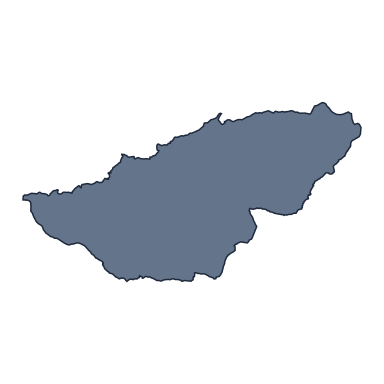 the district of Caineni, Vâlcea, Romania
{"feature_id": "2599482B74506560405437", "entity_name": "Caineni", "entity_type": "district", "adm_level": 2, "iso_a3": "ROU", "parent_name": "Romania", "parent_adm1": "Vâlcea", "projection": "equal_earth", "projection_center": [24.304, 45.515], "detail": "fine", "context": "isolated", "style": "filled", "palette": "slate", "viewbox_px": 384, "rotation_deg": 0, "n_neighbors": 0, "source": "geoboundaries", "source_scale": "gbopen_adm2", "svg_char_len": 6037}
<svg xmlns="http://www.w3.org/2000/svg" viewBox="0 0 384 384"><path d="M214.1,279.0L215.7,278.7L215.8,278.0L216.3,277.8L216.4,277.1L219.3,276.4L220.1,275.2L220.9,274.5L220.9,274.0L222.1,272.0L223.3,266.8L224.6,263.4L224.9,261.0L226.9,256.6L227.8,255.8L227.8,255.2L228.7,254.9L230.7,253.2L233.0,252.1L235.1,250.4L235.0,246.2L234.2,245.8L234.5,245.1L235.6,244.3L236.7,244.2L237.9,243.0L240.7,241.9L247.3,242.9L248.5,241.7L249.5,239.9L251.5,239.1L251.9,238.5L256.7,226.6L254.9,223.4L254.6,222.3L253.6,220.8L253.2,219.1L252.3,216.8L250.2,213.8L249.9,211.6L249.7,211.0L249.2,210.9L249.6,208.5L250.1,208.4L251.1,209.0L253.4,209.2L255.8,208.6L256.9,208.0L258.8,208.5L260.0,208.1L261.4,208.4L262.4,209.1L263.9,209.0L266.0,209.5L267.4,210.7L269.0,210.7L269.4,211.5L270.1,211.9L272.3,212.1L274.2,213.2L282.1,214.7L282.9,214.6L284.2,215.4L284.7,214.9L287.2,215.0L288.7,214.4L291.3,214.4L293.9,213.2L296.0,213.3L296.5,212.2L297.1,211.7L297.6,210.6L298.3,209.8L301.7,208.9L301.7,208.2L302.3,207.6L301.9,206.3L302.7,205.7L302.6,205.1L302.8,204.6L302.7,203.8L303.8,202.9L303.9,201.7L304.8,201.1L305.7,199.8L306.8,199.2L308.3,198.8L308.3,197.5L307.7,196.9L308.5,195.0L309.3,194.7L309.9,195.2L310.7,194.4L310.8,193.7L310.0,192.8L310.4,191.9L310.6,190.2L311.3,189.6L311.8,188.3L312.6,187.4L312.8,186.4L313.6,185.7L312.8,184.8L312.8,184.4L314.1,183.6L314.4,182.2L314.9,181.9L315.0,181.1L316.6,180.6L318.7,178.9L319.7,178.9L320.5,177.7L322.3,176.8L326.0,172.9L328.1,172.8L328.7,173.0L329.1,173.8L330.9,174.1L332.8,173.5L333.3,172.4L334.3,171.9L334.3,170.8L333.4,167.0L333.5,166.1L334.5,164.8L336.1,163.9L338.7,161.2L338.5,160.7L338.7,159.9L340.7,159.3L343.7,156.7L344.7,156.2L346.3,152.3L347.5,151.1L347.5,150.5L348.5,149.6L349.2,148.0L350.1,147.3L350.1,146.8L350.8,145.4L350.6,144.2L350.9,142.7L351.7,141.0L359.2,136.6L360.4,134.1L361.0,127.5L359.3,124.3L357.8,123.4L354.8,124.4L353.5,123.2L353.1,122.5L352.6,120.5L352.0,119.2L351.4,113.6L349.8,113.2L348.4,112.0L342.8,114.3L340.1,114.7L336.5,114.4L333.4,112.8L331.5,111.4L328.7,107.6L327.0,106.2L326.0,104.1L324.6,103.1L322.8,102.6L321.4,103.0L316.7,105.7L315.2,105.8L314.4,106.3L311.0,113.2L309.9,114.1L305.0,113.1L299.5,113.2L297.3,112.1L295.4,112.3L292.8,111.0L291.0,110.7L288.5,111.5L285.5,111.8L284.8,112.1L282.5,111.5L279.9,112.1L278.5,112.1L275.8,111.3L274.5,111.9L273.7,113.0L271.7,112.4L268.8,110.9L267.9,110.9L262.7,112.5L261.8,113.2L260.3,112.7L257.3,113.1L255.6,112.8L251.6,115.0L250.0,116.3L247.2,116.9L242.0,119.8L240.2,119.5L237.7,119.7L233.2,121.7L231.2,120.9L230.3,120.1L228.6,119.7L227.3,120.0L226.0,120.8L225.4,121.7L224.5,121.6L224.5,121.9L225.1,122.3L225.0,122.8L222.7,124.4L221.5,124.3L219.6,121.4L218.7,120.7L218.4,120.2L218.4,119.2L219.1,117.2L221.4,113.6L220.2,113.3L219.0,113.9L217.5,116.1L217.2,117.0L215.8,118.1L213.3,119.2L211.0,119.7L207.6,122.8L205.9,122.8L204.2,123.2L203.5,126.1L199.0,130.0L191.8,133.2L189.9,133.2L188.0,134.9L186.4,135.3L185.4,135.2L183.5,136.0L181.2,135.8L177.4,137.3L175.3,137.1L174.2,137.8L173.5,139.4L172.7,140.2L172.5,140.9L170.4,141.6L170.4,143.3L169.3,143.1L168.1,143.6L167.4,144.9L164.1,144.9L161.5,145.6L158.5,144.1L157.7,144.2L157.3,144.6L156.9,145.5L156.8,148.0L157.3,150.2L158.1,150.6L158.8,150.6L158.4,151.8L158.0,152.4L156.6,153.5L156.3,154.2L155.5,155.2L152.7,156.1L151.5,157.1L149.9,157.2L150.0,158.0L149.7,159.2L147.7,158.8L145.9,158.7L144.5,159.0L140.3,158.6L138.8,157.7L137.4,157.8L135.0,158.9L134.3,158.4L134.3,157.1L133.7,156.5L129.2,157.2L127.6,156.7L126.7,155.5L125.5,155.4L124.4,154.5L121.7,154.3L121.7,154.8L122.5,155.3L122.5,156.0L122.8,156.5L121.7,158.0L120.6,160.8L120.5,162.3L119.0,162.9L117.1,164.9L115.7,165.6L114.6,166.8L113.4,167.3L112.9,167.9L112.5,169.4L110.4,171.5L110.5,172.0L110.9,172.5L110.9,172.9L109.9,172.9L109.2,172.5L108.2,173.1L108.3,173.7L109.2,174.1L109.7,176.6L109.5,177.1L108.7,177.9L108.3,179.3L108.0,179.3L107.8,178.5L107.5,178.4L107.1,178.5L107.1,179.2L106.8,179.3L105.3,178.5L104.8,178.5L104.5,179.3L103.3,180.4L102.9,181.5L101.8,182.4L98.8,182.5L97.0,181.6L95.9,182.1L95.2,182.9L91.6,184.5L87.5,183.6L83.7,184.2L82.7,184.7L82.1,184.5L81.3,185.6L81.2,187.7L80.7,187.6L79.9,187.0L79.3,185.9L78.5,185.8L74.5,189.0L73.8,190.2L72.5,191.4L72.2,192.2L72.2,192.9L71.8,193.2L70.5,192.7L68.6,192.3L66.2,192.4L64.4,192.2L63.2,192.3L61.4,193.8L59.6,194.1L57.7,193.1L57.5,191.9L58.2,190.3L57.7,189.8L57.2,189.7L55.5,190.6L54.3,190.5L52.9,191.2L50.2,193.9L49.6,195.2L48.4,195.8L47.8,195.6L46.9,194.4L44.5,193.7L41.6,193.5L40.1,192.4L39.2,192.3L37.0,193.8L31.5,193.3L27.6,194.9L26.2,195.2L25.0,194.9L23.5,195.8L23.2,196.6L23.0,199.9L25.1,199.9L26.0,200.3L26.9,200.0L29.0,200.7L30.3,201.8L30.6,202.5L31.0,205.9L30.8,211.0L32.3,213.0L34.0,217.4L35.1,219.1L35.8,220.8L37.0,222.4L38.7,223.9L41.1,225.3L42.1,226.2L43.5,229.8L46.1,233.3L47.4,234.0L50.5,236.5L52.7,237.0L54.6,238.3L56.1,238.2L57.9,238.8L64.5,243.2L67.9,244.8L69.7,244.8L71.6,244.1L73.7,244.0L75.8,243.1L78.3,242.9L80.7,243.7L84.7,245.8L89.1,250.7L90.4,251.9L91.6,253.9L93.7,255.2L95.9,258.1L97.2,258.4L97.9,259.2L98.6,259.4L99.4,260.1L101.2,260.8L102.5,261.7L103.2,263.0L103.1,263.8L102.7,263.6L102.7,265.0L103.6,266.2L104.7,268.6L105.3,269.4L106.3,270.0L107.4,271.3L108.7,271.9L108.9,272.6L109.7,273.2L112.4,273.8L115.8,277.0L117.6,277.7L118.9,278.7L119.5,278.8L121.3,278.1L123.4,278.1L124.9,279.0L125.7,280.2L127.0,281.4L128.3,280.2L130.3,279.1L133.4,279.6L134.0,278.9L137.2,278.9L138.3,277.9L139.1,277.7L139.2,277.2L139.5,277.2L139.7,276.9L139.5,276.0L139.6,275.7L142.2,277.0L142.5,277.6L142.3,278.0L142.7,278.2L143.2,278.1L145.4,276.5L146.4,276.4L148.1,277.2L149.8,276.8L150.8,277.6L153.7,278.7L156.9,280.5L159.0,280.5L161.0,281.1L164.2,279.8L168.3,279.4L170.0,279.7L172.7,278.7L175.3,279.5L178.9,279.6L179.9,280.1L180.6,280.1L181.6,281.1L182.5,281.3L184.2,280.5L191.0,281.2L192.2,280.2L192.8,280.1L193.1,279.6L193.2,277.7L193.5,276.7L194.3,276.7L194.6,275.7L194.6,272.8L196.5,272.9L197.2,273.4L199.4,273.5L201.3,274.0L203.8,273.8L204.9,274.0L208.5,275.9L209.1,276.5L213.1,277.8L214.1,279.0Z" fill="#64748b" stroke="#1e293b" stroke-width="1.5"/></svg>